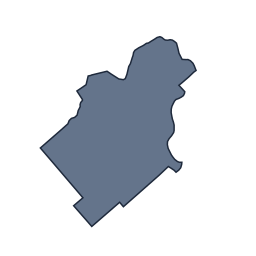 the district of Suong, Kâmpóng Cham, Cambodia, rotated 228°
{"feature_id": "14789045B38579043699955", "entity_name": "Suong", "entity_type": "district", "adm_level": 2, "iso_a3": "KHM", "parent_name": "Cambodia", "parent_adm1": "Kâmpóng Cham", "projection": "robinson", "projection_center": [105.675, 11.93], "detail": "fine", "context": "isolated", "style": "filled", "palette": "slate", "viewbox_px": 256, "rotation_deg": 228, "n_neighbors": 0, "source": "geoboundaries", "source_scale": "gbopen_adm2", "svg_char_len": 1450}
<svg xmlns="http://www.w3.org/2000/svg" viewBox="0 0 256 256"><g transform="rotate(228 128 128)"><path d="M171.8,49.5L151.0,49.0L106.3,47.8L106.6,35.6L79.1,35.2L78.4,72.1L72.6,71.9L72.1,119.6L72.4,132.2L69.7,133.0L65.8,134.0L63.0,134.1L62.7,137.5L63.2,140.6L65.0,143.5L66.5,145.1L68.2,143.2L70.0,142.3L73.5,141.7L76.5,141.9L78.9,142.2L81.8,143.0L86.0,144.2L89.3,146.1L91.5,148.3L92.6,151.5L93.1,155.3L94.1,158.9L95.3,160.6L97.4,162.5L99.3,164.2L102.0,165.7L104.8,166.9L107.7,168.6L110.6,170.4L113.1,172.8L114.7,175.1L115.8,177.7L116.9,180.6L117.1,182.7L116.0,185.5L115.3,188.2L115.0,190.8L115.9,193.1L117.0,194.5L125.7,194.4L125.5,198.0L125.3,207.2L125.5,214.3L125.2,217.1L126.9,217.7L130.0,218.9L132.7,219.6L136.2,219.4L138.7,218.4L140.0,216.9L142.8,214.1L149.4,215.9L153.5,218.2L158.6,220.8L161.0,220.5L163.6,219.8L165.4,218.4L166.7,216.2L168.4,214.6L169.9,214.1L172.7,213.7L174.5,212.8L175.8,210.2L176.3,206.9L177.1,202.7L177.5,200.1L178.6,198.3L178.9,195.8L179.2,194.1L180.4,189.7L181.1,185.1L180.4,182.7L178.6,180.4L177.4,178.2L176.2,176.2L174.2,172.8L173.2,169.7L171.5,167.3L168.6,163.1L166.5,159.0L167.0,156.9L170.6,154.0L179.3,151.6L184.2,150.4L191.7,136.5L192.0,135.5L193.3,133.2L188.2,125.8L189.7,114.8L179.7,113.2L179.0,112.6L178.6,109.9L177.5,108.1L175.9,106.8L175.1,104.9L174.3,102.7L172.9,100.7L171.6,98.7L171.6,95.4L173.0,92.4L172.9,89.3L171.3,86.1L171.4,74.2L171.8,49.5Z" fill="#64748b" stroke="#1e293b" stroke-width="1.5"/></g></svg>